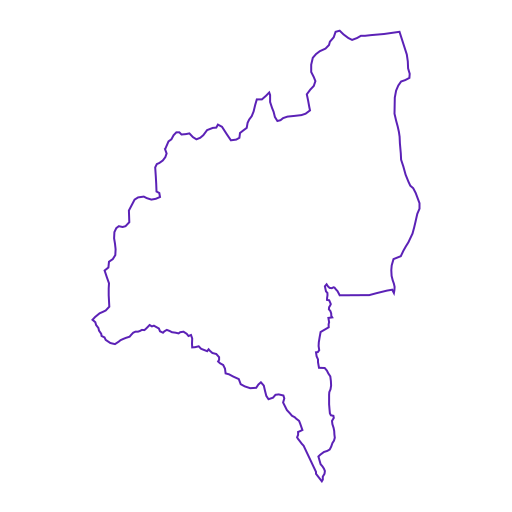 the district of Kemaman, Terengganu, Malaysia
{"feature_id": "92858781B85628090125570", "entity_name": "Kemaman", "entity_type": "district", "adm_level": 2, "iso_a3": "MYS", "parent_name": "Malaysia", "parent_adm1": "Terengganu", "projection": "natural_earth1", "projection_center": [103.21, 4.239], "detail": "fine", "context": "isolated", "style": "outline", "palette": "violet", "viewbox_px": 512, "rotation_deg": 0, "n_neighbors": 0, "source": "geoboundaries", "source_scale": "gbopen_adm2", "svg_char_len": 4184}
<svg xmlns="http://www.w3.org/2000/svg" viewBox="0 0 512 512"><path d="M165.0,149.0L166.6,153.5L165.3,157.2L162.8,160.5L159.3,163.0L156.8,164.1L155.2,167.4L155.8,176.5L156.2,183.5L156.5,191.5L159.3,193.0L160.0,197.0L155.8,198.8L151.4,199.6L146.7,198.1L143.8,196.6L138.1,197.4L134.6,199.6L128.9,210.5L129.3,222.2L125.5,226.2L122.6,227.0L118.8,226.2L116.3,228.1L114.4,232.1L114.1,238.3L115.0,243.8L115.6,249.3L115.3,255.1L112.8,259.1L109.0,261.7L108.4,267.5L104.6,270.5L106.8,277.1L109.0,283.3L108.7,288.4L108.7,295.3L109.3,306.7L105.7,310.5L102.8,311.9L99.6,313.3L95.1,317.0L92.5,319.8L95.3,322.2L96.1,325.0L98.4,328.0L99.0,330.6L101.2,333.8L101.6,336.0L104.5,337.4L105.7,339.9L110.3,343.0L112.3,343.5L115.0,344.1L118.8,341.6L120.5,340.2L123.1,339.0L126.1,337.8L129.6,336.7L131.2,334.8L133.2,332.7L135.4,331.7L137.9,331.7L139.9,331.0L141.9,329.9L144.4,330.1L146.0,328.7L147.6,327.1L149.6,325.0L151.9,326.4L153.9,325.7L158.9,328.5L160.0,331.3L163.0,332.7L164.4,331.3L166.8,329.9L169.7,331.0L171.9,332.2L175.6,332.7L178.6,333.4L180.2,332.2L183.5,331.7L186.7,333.8L188.5,336.0L191.0,335.0L192.2,338.5L192.0,343.7L192.2,347.4L195.0,347.2L198.7,346.3L201.1,348.8L207.2,351.2L208.6,349.3L210.0,350.9L212.4,353.0L216.3,354.0L219.1,357.2L219.1,359.8L218.1,361.5L220.1,363.3L223.2,365.0L225.0,368.7L225.6,373.4L229.0,374.3L233.1,376.5L238.8,379.1L240.7,384.2L244.8,386.4L250.2,388.2L256.2,387.8L258.4,384.5L260.9,382.3L263.8,385.6L265.0,390.8L266.3,395.9L268.5,399.2L273.0,397.7L275.5,394.8L278.7,394.4L283.4,395.5L284.3,398.4L283.1,402.5L286.9,410.1L289.8,413.2L292.0,415.8L294.7,417.2L296.1,418.6L299.1,420.9L300.2,423.7L302.4,430.0L299.5,431.4L298.1,431.9L298.1,434.9L297.1,437.3L297.9,438.7L299.7,441.0L301.8,443.8L303.6,445.7L316.0,471.9L316.0,473.8L321.8,481.3L322.8,479.6L322.8,476.6L324.5,473.8L324.9,471.0L323.9,468.6L322.4,466.3L320.6,464.2L318.4,456.5L320.4,454.6L323.9,452.0L327.3,450.9L329.7,449.5L331.2,446.6L332.4,443.1L334.0,440.6L334.8,437.7L334.4,434.5L334.2,431.0L333.6,427.9L332.4,424.2L332.0,420.9L333.8,417.9L333.4,415.8L330.9,415.3L329.9,413.4L329.5,409.2L329.1,404.3L329.1,401.2L329.1,394.7L329.3,392.1L330.5,389.3L331.1,385.6L330.9,381.1L330.3,376.4L328.3,373.4L326.9,370.6L324.7,368.0L319.0,367.8L318.0,362.2L318.0,359.4L316.6,356.3L316.0,352.3L317.8,352.1L319.2,350.2L318.6,346.0L318.8,342.3L319.6,337.4L320.6,332.0L328.7,327.3L328.6,324.3L329.1,322.2L328.4,317.9L332.2,317.4L331.3,315.9L331.2,313.5L330.4,311.1L328.9,309.3L329.1,307.2L330.1,305.6L330.8,304.1L329.2,300.3L327.0,299.9L327.1,297.9L327.5,295.1L327.4,292.9L326.0,291.4L325.4,288.7L324.9,286.3L326.6,284.3L327.9,286.3L329.6,287.9L331.8,288.2L333.5,287.3L334.5,287.6L335.9,289.4L337.5,291.1L339.7,295.3L369.3,295.1L376.4,293.2L387.0,290.6L392.2,289.7L393.9,293.0L394.4,290.2L394.6,286.9L393.9,283.7L392.7,280.3L391.6,275.9L391.3,270.1L391.7,265.4L393.5,259.1L398.0,257.3L400.8,256.2L403.4,250.7L405.9,246.3L408.4,242.3L410.6,237.6L412.5,233.6L414.1,227.7L415.4,222.2L417.3,213.8L419.5,208.7L419.5,203.2L415.7,193.0L413.2,188.2L410.3,185.7L408.4,181.6L405.6,174.7L403.4,166.7L401.1,159.7L400.8,153.5L399.9,143.3L399.6,136.7L398.9,131.9L397.7,126.5L396.1,120.6L394.5,113.7L394.8,97.6L396.1,90.6L398.3,85.5L401.1,81.5L405.2,80.1L409.4,77.9L409.7,73.8L408.1,68.4L407.8,61.4L406.8,54.5L399.5,31.8L384.0,34.0L371.1,35.1L365.0,35.8L360.9,35.8L357.1,38.0L352.1,39.9L348.3,38.0L343.5,34.4L339.7,30.7L335.6,31.8L333.7,37.3L329.9,41.7L329.0,45.0L325.5,48.6L319.8,51.2L316.0,54.1L312.8,57.8L311.2,64.7L311.2,72.0L313.8,77.1L315.4,81.1L313.8,85.9L310.3,89.6L306.8,94.3L308.1,100.5L309.3,107.1L310.0,110.4L305.6,113.7L301.4,115.1L294.5,115.9L287.5,116.6L283.1,118.1L280.5,120.2L277.4,121.0L274.9,117.0L273.6,111.8L272.0,107.8L270.1,102.0L270.1,95.0L269.2,92.5L266.0,95.8L261.9,99.4L256.8,99.4L255.2,104.9L253.6,111.5L251.7,116.2L249.2,119.5L247.6,122.8L246.7,127.9L243.2,130.5L240.0,133.0L239.4,137.8L236.2,139.6L230.9,140.3L226.7,134.1L222.0,126.8L217.9,124.6L216.3,127.6L212.8,127.9L207.1,130.1L203.3,135.2L200.2,137.8L196.4,139.3L192.9,137.1L189.4,133.4L185.9,134.1L181.5,134.5L179.3,132.3L176.4,132.3L173.6,135.2L171.4,139.3L168.5,141.4L165.3,148.8L165.0,149.0Z" fill="none" stroke="#5b21b6" stroke-width="2"/></svg>